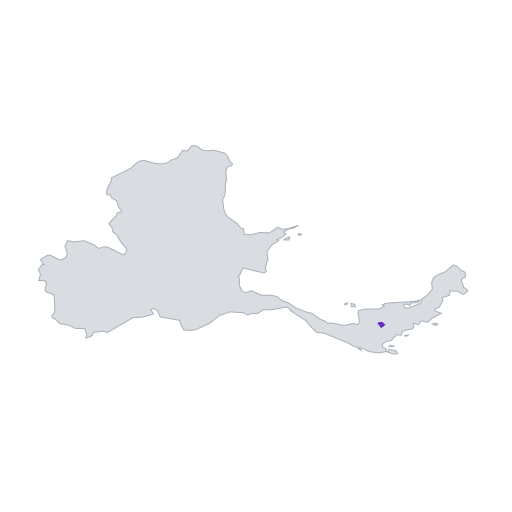 location of Tham Phannara, Nakhon Si Thammarat, Thailand, rotated 277°
{"feature_id": "78962969B12652914635488", "entity_name": "Tham Phannara", "entity_type": "district", "adm_level": 2, "iso_a3": "THA", "parent_name": "Thailand", "parent_adm1": "Nakhon Si Thammarat", "projection": "natural_earth1", "projection_center": [99.386, 8.47], "detail": "fine", "context": "in_parent", "style": "filled", "palette": "violet", "viewbox_px": 512, "rotation_deg": 277, "n_neighbors": 0, "source": "geoboundaries", "source_scale": "gbopen_adm2", "svg_char_len": 4882}
<svg xmlns="http://www.w3.org/2000/svg" viewBox="0 0 512 512"><g transform="rotate(277 256 256)"><path d="M221.5,44.7L221.9,46.8L223.8,44.0L226.3,42.7L231.2,48.7L231.8,51.3L228.3,61.0L228.8,64.2L231.1,66.9L233.9,68.4L236.8,68.0L242.2,65.2L248.3,67.0L247.9,73.4L250.2,83.6L247.2,94.1L244.3,99.2L246.6,103.7L246.7,107.9L241.0,124.1L242.1,125.4L245.8,127.1L247.4,126.6L253.4,120.2L260.1,115.2L262.3,111.1L266.5,109.7L270.3,105.9L279.1,112.5L281.4,113.0L282.6,114.2L283.0,116.9L284.1,117.3L287.7,113.6L293.7,111.2L296.1,105.6L298.9,103.9L298.6,101.2L299.5,100.2L304.4,99.9L311.9,102.8L314.5,103.4L315.8,102.8L327.7,120.8L335.4,127.7L337.3,132.4L335.6,144.4L335.9,151.3L337.6,156.6L340.9,160.2L343.3,165.5L352.2,170.5L351.5,171.8L352.1,175.0L357.6,178.8L358.1,180.1L357.5,185.0L355.0,188.7L354.4,191.7L354.5,195.4L355.9,201.1L354.2,212.8L351.0,216.1L346.7,218.4L344.4,221.5L342.6,220.8L341.7,217.5L337.0,215.7L327.9,217.4L323.4,216.7L317.3,217.8L311.3,217.3L307.8,215.9L297.9,218.5L293.7,220.8L290.7,224.2L286.3,232.7L281.7,238.0L281.8,240.2L276.2,241.5L276.5,248.8L279.7,256.7L280.7,266.7L287.1,273.8L285.9,278.7L286.7,283.5L291.6,294.6L288.0,289.4L287.3,285.8L283.1,280.3L281.8,283.0L276.9,278.8L274.8,274.7L274.0,276.5L269.2,270.7L264.2,267.6L261.5,266.2L254.5,268.2L245.7,266.6L242.4,268.1L241.0,267.2L240.1,265.4L242.5,244.6L234.9,242.0L233.6,240.7L232.0,242.2L224.5,243.1L219.1,246.9L218.4,250.1L220.9,255.8L217.8,266.1L218.8,275.9L218.4,281.2L214.6,288.0L213.7,293.4L209.4,301.7L206.6,312.2L205.9,318.3L200.9,327.6L199.7,332.9L197.9,334.8L198.7,339.0L197.8,351.8L201.0,361.1L200.1,365.4L203.6,366.9L211.8,364.0L214.6,364.7L216.4,369.8L218.5,385.0L222.0,389.6L222.8,387.3L224.4,389.7L225.7,394.2L230.1,418.2L232.4,424.4L229.7,422.8L228.2,415.3L225.8,415.0L226.7,410.2L225.1,408.5L222.7,409.9L222.8,413.6L229.3,425.5L233.4,425.9L238.5,431.1L244.2,435.0L251.2,433.6L256.1,434.9L259.0,438.1L263.7,446.2L271.2,452.9L270.1,457.1L267.1,460.5L265.5,465.0L263.5,466.3L260.7,466.3L257.6,462.6L250.2,466.0L248.5,469.5L246.6,470.4L243.3,466.6L243.6,464.4L245.6,461.2L245.1,452.9L240.6,452.8L237.6,446.6L236.6,446.0L234.5,447.0L227.4,444.0L225.3,440.2L223.2,440.5L221.7,447.1L215.5,438.2L211.2,434.5L211.8,427.9L208.8,426.5L207.6,424.6L208.7,420.7L204.7,421.3L202.7,420.2L200.4,413.1L198.4,410.2L195.7,410.2L194.9,408.8L195.1,405.3L188.5,400.3L186.4,394.6L183.3,392.1L181.3,392.8L179.4,396.9L177.9,396.6L176.5,395.5L174.8,389.8L174.9,379.8L177.0,374.0L178.2,364.6L181.2,356.8L187.5,333.9L187.8,324.9L198.6,312.1L205.7,297.4L208.1,295.2L209.1,292.5L205.3,280.6L203.6,272.4L203.9,270.3L199.3,264.7L198.2,258.3L196.9,256.3L196.5,254.1L198.2,250.4L197.3,236.4L192.2,226.7L183.2,217.7L175.2,204.5L174.1,199.8L173.9,193.2L180.3,188.8L182.9,188.5L183.8,168.6L189.4,164.9L190.6,163.2L191.1,159.9L189.8,158.0L186.2,161.2L185.5,160.5L181.0,148.9L180.1,141.8L162.0,117.9L162.9,113.9L160.3,103.6L157.6,103.4L155.8,101.6L153.9,97.0L157.4,97.6L163.1,94.9L162.1,85.0L164.5,79.2L164.9,69.6L169.2,64.0L169.8,61.2L172.1,60.8L175.3,62.9L178.5,62.9L191.9,60.5L193.6,57.9L194.5,52.7L195.8,51.0L198.8,50.6L202.3,51.6L205.9,49.5L205.2,43.3L211.6,44.4L215.8,41.6L221.5,44.7ZM179.7,399.5L178.8,407.0L176.3,408.5L175.4,404.2L176.9,397.2L177.6,398.8L179.7,399.5ZM220.5,356.1L220.1,359.7L217.8,360.9L217.2,356.8L220.5,356.1ZM276.3,282.0L279.1,287.2L275.9,286.7L275.3,281.7L276.3,282.0ZM210.3,444.8L208.9,442.6L210.1,439.3L211.3,443.4L210.3,444.8ZM183.9,400.4L183.3,404.4L182.1,398.9L183.9,400.4ZM220.6,352.9L219.4,352.4L218.3,350.1L219.8,350.1L220.6,352.9ZM194.9,412.5L196.4,417.3L194.7,415.1L194.9,412.5ZM283.5,295.5L283.1,298.5L281.6,297.3L282.5,295.1L283.5,295.5ZM176.7,370.7L175.1,371.9L176.4,369.0L176.7,370.7Z" fill="#d9dde1" stroke="#a8b0b8" stroke-width="1"/><path d="M204.2,386.0L203.9,386.1L203.9,386.3L203.8,386.2L203.8,386.3L203.8,386.5L203.7,386.6L203.6,386.8L203.7,387.0L203.4,387.1L203.2,387.1L203.1,387.3L202.9,387.4L202.9,387.5L202.7,387.5L202.4,387.6L202.2,387.7L202.0,387.8L201.9,388.0L201.8,388.3L201.6,388.3L201.4,388.3L201.2,388.3L201.1,388.5L201.0,388.8L201.2,388.7L201.2,388.8L201.3,388.9L201.4,389.0L201.5,389.0L201.7,389.3L201.7,389.5L201.6,389.8L201.7,389.7L201.7,389.8L201.8,389.9L201.9,390.0L202.0,390.1L202.2,390.3L202.3,390.3L202.2,390.3L202.3,390.4L202.3,390.2L202.4,390.4L202.4,390.6L202.5,390.6L202.8,390.5L202.8,390.4L203.0,390.5L203.2,390.8L203.2,390.7L203.3,390.8L203.3,390.7L203.4,390.8L203.5,390.8L203.5,390.7L203.5,390.8L203.6,390.7L203.8,390.6L204.0,390.6L204.1,390.4L204.1,390.2L204.3,390.1L204.5,390.0L204.5,389.9L204.6,389.7L204.7,389.4L204.8,389.3L205.0,389.4L205.0,389.5L205.1,389.4L205.1,389.2L205.0,388.9L204.9,388.8L204.9,388.7L204.9,388.4L204.9,388.2L204.8,387.9L204.9,387.7L204.7,387.5L204.5,387.4L204.4,387.3L204.4,387.2L204.5,387.1L204.6,386.9L204.5,386.7L204.5,386.4L204.5,386.2L204.4,386.2L204.2,386.0Z" fill="#8b5cf6" stroke="#5b21b6" stroke-width="1.5"/></g></svg>